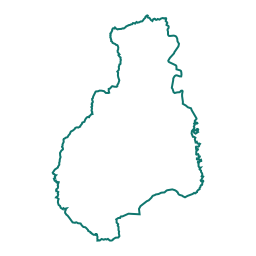 outline of El Tarra, Norte de Santander, Colombia
{"feature_id": "7082276B68903742800707", "entity_name": "El Tarra", "entity_type": "district", "adm_level": 2, "iso_a3": "COL", "parent_name": "Colombia", "parent_adm1": "Norte de Santander", "projection": "orthographic", "projection_center": [-72.995, 8.694], "detail": "fine", "context": "isolated", "style": "outline", "palette": "teal", "viewbox_px": 256, "rotation_deg": 0, "n_neighbors": 0, "source": "geoboundaries", "source_scale": "gbopen_adm2", "svg_char_len": 5793}
<svg xmlns="http://www.w3.org/2000/svg" viewBox="0 0 256 256"><path d="M139.6,214.3L139.0,208.9L140.5,206.1L146.8,201.2L148.8,200.3L151.6,197.5L152.1,196.5L153.0,195.7L154.8,195.1L155.7,194.5L158.6,194.0L161.2,192.7L164.5,192.4L166.6,190.5L167.5,190.2L172.3,189.4L174.9,190.2L176.7,191.3L177.1,192.0L177.7,192.3L178.2,193.7L179.3,194.8L182.3,195.7L182.9,196.3L185.0,197.3L187.5,195.9L192.6,194.0L194.1,192.9L194.5,193.2L195.5,193.3L196.4,192.2L197.0,192.1L197.2,191.0L198.4,189.8L199.6,189.2L199.6,188.0L200.5,186.8L200.6,185.7L201.1,185.1L202.0,184.9L202.3,184.0L202.2,183.0L203.3,181.1L203.2,180.9L202.5,181.2L202.1,180.6L201.7,181.1L201.1,181.1L200.7,180.3L201.6,179.6L201.8,178.8L203.2,176.5L202.8,176.3L202.0,176.6L201.6,176.4L202.3,174.9L202.1,173.4L201.1,172.0L201.0,170.6L199.6,169.3L199.8,168.7L200.7,167.6L199.5,167.8L198.5,166.1L198.6,164.6L198.3,163.6L199.0,162.7L197.9,162.1L198.0,161.7L199.4,161.2L201.2,161.0L201.2,160.4L201.0,159.7L200.0,160.0L198.6,158.9L197.4,159.5L196.9,159.3L196.9,158.4L198.4,158.3L198.9,157.4L199.7,156.9L199.8,156.5L198.6,156.2L198.5,154.7L198.1,154.1L196.4,154.6L196.2,154.4L196.3,151.2L197.7,149.9L198.0,149.3L197.7,149.0L196.6,149.5L196.2,149.4L195.9,147.0L196.1,146.7L198.4,146.7L199.1,146.0L199.3,144.8L200.0,143.9L199.3,143.5L198.3,143.7L197.4,143.4L196.8,141.8L195.6,142.4L194.8,139.2L195.4,137.7L194.1,136.9L192.9,136.8L191.6,133.5L191.9,131.1L192.6,130.2L193.6,130.7L194.1,132.6L195.6,133.6L198.0,132.0L197.2,131.2L197.8,130.7L198.2,129.6L197.8,129.0L197.2,128.9L196.7,129.3L197.0,130.1L196.4,130.7L193.7,129.7L193.5,129.2L194.3,128.1L194.3,127.4L193.8,126.6L194.7,124.9L194.1,123.5L194.4,123.3L196.8,123.7L197.4,123.2L197.0,122.7L195.6,122.4L194.8,121.7L194.8,120.8L196.5,118.9L196.5,118.4L191.7,110.2L191.0,108.3L187.9,107.3L185.8,105.5L182.8,103.8L182.9,101.8L182.1,96.2L182.1,94.1L182.6,91.4L182.4,90.8L182.0,90.6L181.0,90.8L179.7,92.2L177.1,92.4L174.7,93.0L173.6,92.2L172.6,89.0L171.8,87.8L173.2,80.2L173.3,78.5L173.9,77.3L174.8,76.0L176.1,75.3L177.0,75.4L179.9,76.4L181.2,76.4L181.5,74.6L181.3,72.2L180.9,70.9L180.2,70.4L176.5,69.3L176.4,66.2L175.8,65.3L169.1,62.1L168.5,61.5L168.3,60.6L169.9,57.9L174.0,53.4L174.4,52.2L178.4,46.4L179.0,43.8L177.5,41.3L177.2,38.5L176.2,36.6L175.2,36.0L173.8,35.6L169.7,36.0L168.8,35.8L168.3,35.2L168.0,34.3L168.0,31.6L167.5,30.0L167.7,29.1L168.4,28.4L168.7,26.9L168.3,25.9L166.5,25.0L166.6,24.2L167.3,23.0L167.1,22.4L165.7,21.1L166.2,18.7L166.1,18.3L165.0,18.1L164.3,18.6L162.9,18.0L161.1,18.5L159.5,19.6L157.7,19.0L156.9,19.7L156.1,19.9L155.2,19.4L155.0,18.9L154.4,18.7L153.2,19.3L152.4,21.0L150.9,20.0L149.4,17.8L148.2,17.7L147.6,17.2L147.5,16.4L147.8,15.7L147.3,15.4L146.6,15.7L145.4,16.9L145.2,17.9L143.8,19.2L143.0,20.5L142.0,21.4L140.6,21.5L139.0,22.4L138.3,22.4L137.6,22.7L136.5,22.0L135.1,23.6L134.1,23.1L132.9,23.1L132.2,24.2L131.0,24.4L129.8,25.0L129.0,25.0L128.6,25.4L128.0,25.5L125.9,26.6L125.4,27.4L124.4,27.9L123.8,28.5L122.4,28.4L121.5,28.9L118.4,29.1L117.6,29.4L116.2,28.7L115.0,27.5L114.4,28.5L113.2,28.2L112.4,29.1L112.1,30.1L112.2,30.7L111.4,31.9L111.3,32.6L110.6,33.2L110.7,33.7L110.3,33.9L110.5,34.9L110.3,35.6L110.6,35.8L110.3,37.4L110.9,38.2L110.8,38.9L111.3,39.9L111.1,41.0L112.1,41.7L112.6,42.9L115.4,44.1L116.1,44.9L117.2,45.1L117.6,45.5L118.3,47.4L118.1,49.7L117.6,50.4L117.7,52.1L119.4,54.3L118.7,54.6L118.4,55.1L119.6,56.7L120.6,57.5L120.5,59.2L120.9,59.9L120.5,61.3L120.5,63.8L120.2,64.2L119.4,64.5L119.1,66.1L118.7,66.9L119.0,68.3L118.7,70.1L117.3,71.6L118.1,72.7L117.9,75.3L118.3,77.4L119.3,80.3L118.4,83.3L117.3,85.1L117.3,86.3L116.5,86.8L114.5,86.7L112.4,86.2L112.0,86.3L109.9,88.6L108.7,88.9L108.7,90.7L109.2,92.7L108.5,93.0L105.8,92.9L104.1,91.2L101.8,90.7L99.6,90.6L98.0,91.3L96.1,91.4L95.6,91.7L93.2,96.5L92.8,98.3L92.1,98.9L92.3,100.5L92.8,101.3L92.7,102.5L91.8,103.3L92.0,103.9L91.7,104.4L92.2,105.0L92.0,105.5L92.2,106.0L92.0,106.7L91.4,107.1L91.8,107.6L92.0,108.8L91.7,109.3L91.8,110.0L91.5,110.7L92.3,112.1L92.0,112.7L92.5,114.0L91.1,114.4L90.1,115.7L89.4,116.0L89.1,117.2L87.6,117.0L86.7,117.5L85.3,119.4L84.4,121.8L82.3,122.6L81.9,123.9L80.2,126.0L80.2,126.6L78.2,127.6L77.7,127.4L76.6,127.4L75.3,127.9L74.7,129.0L72.9,130.5L70.8,131.6L69.6,134.3L68.7,135.1L67.5,137.2L65.7,137.7L64.6,138.6L63.8,138.9L63.5,139.6L63.7,141.9L62.5,144.5L62.6,145.9L62.0,146.6L62.1,147.1L62.9,148.1L62.9,149.4L61.3,150.7L60.0,153.0L60.2,155.8L60.6,157.0L59.8,159.4L59.6,161.8L59.2,162.6L59.3,164.7L58.0,166.7L57.9,167.5L54.8,169.6L52.7,172.8L53.4,173.9L54.3,174.1L55.0,175.0L56.1,175.2L54.8,176.6L55.2,178.0L53.9,178.6L54.6,180.6L54.8,180.8L55.8,180.5L56.1,181.4L56.6,181.6L56.4,182.3L56.8,182.6L57.4,182.7L58.2,182.1L58.7,182.2L57.8,184.8L57.7,185.5L58.1,186.0L57.9,187.9L57.0,188.9L56.4,189.2L56.1,190.1L56.3,191.2L57.0,191.2L58.3,192.0L57.7,193.5L58.2,194.4L57.7,196.2L57.4,196.6L56.5,196.8L56.1,197.4L57.0,197.5L57.6,198.3L58.6,199.0L58.0,200.7L57.9,202.4L58.6,204.9L60.0,205.9L60.7,207.8L62.6,209.0L62.6,208.7L63.2,208.6L63.5,208.2L64.4,208.8L65.4,209.0L65.9,208.5L66.5,208.4L65.8,209.2L65.6,210.3L65.2,210.9L65.1,212.8L66.4,214.7L67.5,215.5L68.7,217.0L72.6,222.4L75.1,222.8L76.1,222.3L76.6,222.4L77.9,223.2L80.6,223.5L81.8,225.4L83.4,227.0L85.1,227.2L86.0,227.8L88.0,230.0L88.2,230.9L90.2,231.9L90.6,232.8L91.3,232.8L91.9,233.7L93.7,234.8L94.6,234.7L95.2,234.9L95.7,234.0L96.5,234.0L97.0,234.6L96.9,235.2L97.5,236.8L97.3,238.7L97.5,239.8L97.4,240.6L98.2,240.6L98.7,240.2L99.7,240.5L101.6,239.0L103.8,239.7L105.2,239.1L106.7,239.5L107.9,238.9L109.8,240.5L111.1,240.6L112.5,240.2L113.2,239.2L115.6,237.7L118.4,237.5L119.4,236.1L118.8,233.1L119.1,231.6L118.5,230.2L118.5,226.8L117.7,225.7L118.2,224.2L116.6,222.6L116.6,220.1L116.2,219.4L118.3,218.0L120.2,217.9L120.5,216.8L121.0,216.4L122.5,216.4L128.5,213.7L139.6,214.3Z" fill="none" stroke="#0f766e" stroke-width="2"/></svg>